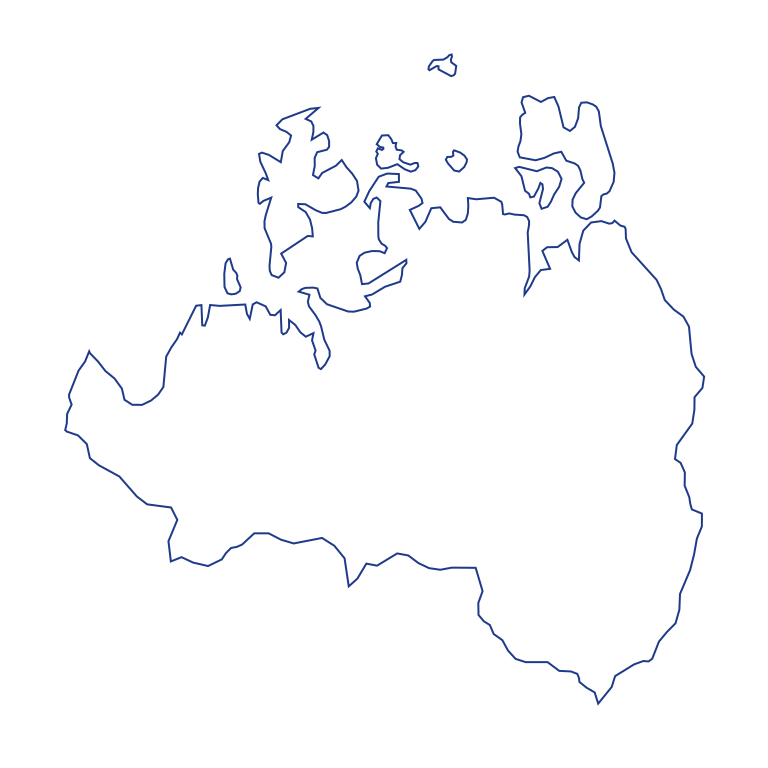 SVG path tracing the border of South Gyeongsang, rotated 178°
{"feature_id": "KOR-2505", "entity_name": "South Gyeongsang", "entity_type": "Province", "adm_level": 1, "iso_a3": "KOR", "parent_name": "South Korea", "parent_adm1": "", "projection": "equal_earth", "projection_center": [128.367, 35.249], "detail": "fine", "context": "isolated", "style": "outline", "palette": "blue", "viewbox_px": 768, "rotation_deg": 178, "n_neighbors": 0, "source": "natural_earth", "source_scale": "10m", "svg_char_len": 6135}
<svg xmlns="http://www.w3.org/2000/svg" viewBox="0 0 768 768"><g transform="rotate(178 384 384)"><path d="M586.1,442.4L584.3,440.6L569.0,468.8L563.7,469.2L563.6,449.0L561.0,448.6L557.7,456.7L555.0,469.0L545.4,467.8L519.9,468.3L518.5,458.8L515.9,453.8L512.4,468.1L508.5,470.1L499.5,465.7L495.2,457.1L490.6,456.5L484.7,461.5L484.6,439.1L483.0,437.2L479.7,438.7L476.9,443.4L476.7,451.3L470.6,446.1L465.8,438.6L460.5,434.0L452.7,437.3L454.4,430.1L451.2,419.8L452.7,416.0L448.8,402.5L446.5,401.1L442.1,405.5L437.3,413.7L437.2,419.2L442.1,430.3L444.9,443.9L446.5,448.6L449.8,454.8L456.3,464.3L457.2,469.0L455.4,475.8L466.0,479.3L462.6,481.8L459.2,482.8L451.3,482.8L447.2,481.8L444.6,472.3L438.2,465.7L417.3,457.7L411.5,457.3L398.7,460.0L395.2,461.9L395.4,465.5L399.9,472.3L392.7,473.9L379.5,481.2L364.2,485.7L362.3,492.2L361.5,499.2L357.4,503.8L357.4,507.3L396.0,485.0L402.5,484.6L403.9,493.6L406.2,500.2L407.0,506.1L403.9,512.9L398.9,515.9L391.4,517.3L383.8,516.9L378.8,514.7L376.2,519.7L378.0,522.1L381.5,524.3L384.1,528.7L384.5,531.4L384.1,545.9L381.2,566.9L384.8,570.6L388.2,569.4L390.9,565.3L392.0,560.2L397.3,566.9L391.9,577.4L382.1,591.3L373.5,594.2L361.8,593.3L362.0,585.5L372.7,584.7L374.6,581.3L350.5,578.3L345.5,576.2L340.0,567.8L339.2,563.5L343.2,560.8L352.1,557.1L343.3,537.8L337.0,544.6L330.6,558.0L321.6,558.6L313.4,546.7L309.1,543.7L300.3,542.7L296.5,545.2L294.3,551.4L293.5,559.3L293.7,566.9L285.5,565.4L267.5,566.3L260.4,562.0L259.6,559.2L259.1,549.7L257.3,549.2L253.0,550.1L247.4,548.7L238.3,547.8L235.1,545.9L233.3,541.8L233.5,537.8L235.1,530.4L234.5,492.4L235.2,486.3L240.0,474.8L240.5,468.5L234.4,476.4L229.4,485.6L223.3,492.4L214.0,493.3L221.1,511.5L216.2,515.0L205.7,514.8L195.7,521.7L191.7,509.4L189.2,504.3L184.9,500.7L183.7,517.2L179.5,530.3L171.4,538.2L161.1,539.2L153.3,536.4L150.2,536.8L147.9,539.2L142.1,534.0L138.1,532.8L137.1,530.5L137.1,521.0L132.0,507.1L107.9,478.5L103.8,469.1L100.5,458.2L91.9,448.4L82.4,440.9L77.2,430.7L75.6,403.4L71.8,390.3L63.8,380.2L65.9,369.0L74.1,360.0L74.7,347.4L77.3,333.7L93.5,312.8L95.8,298.8L90.3,294.8L86.4,285.1L87.1,272.0L82.8,260.0L82.1,253.5L80.7,247.9L70.8,243.4L71.3,230.5L76.7,218.6L80.1,202.7L84.6,187.3L95.5,163.8L96.7,148.1L101.0,134.7L109.9,126.3L118.2,117.0L125.5,100.1L129.3,97.5L134.5,98.1L144.0,95.0L163.2,84.0L167.0,73.3L181.1,57.1L184.2,68.4L192.0,73.3L199.1,79.4L199.4,83.4L201.0,87.6L207.2,90.2L218.9,91.2L230.2,100.3L252.2,101.1L262.1,104.7L269.4,113.3L274.6,123.8L283.1,130.3L286.6,139.4L292.5,143.4L297.6,149.9L297.4,161.9L292.7,173.5L298.8,197.1L322.6,198.1L334.2,196.4L345.4,198.4L355.8,203.8L365.7,211.8L376.7,214.2L397.3,202.7L407.9,205.1L417.4,190.4L426.3,183.0L429.5,211.2L439.3,224.1L451.3,232.3L479.8,227.8L492.4,232.0L504.5,238.8L518.9,239.3L531.4,228.5L536.9,226.3L542.5,225.5L547.8,220.6L552.2,214.4L566.2,208.2L581.0,212.2L592.4,218.0L603.2,214.1L604.9,234.4L595.3,255.4L601.1,268.0L624.9,272.0L634.9,280.2L651.7,300.8L671.6,312.6L680.5,320.1L683.1,334.3L691.6,343.3L702.6,347.5L704.2,349.0L702.4,355.8L701.7,365.2L696.9,374.3L699.1,381.3L699.2,384.2L688.8,408.0L681.9,417.0L677.5,426.9L676.8,425.1L669.0,416.4L661.9,406.6L653.1,398.9L646.1,388.5L643.9,377.3L636.3,372.0L626.5,371.6L617.4,375.6L610.1,381.3L604.6,388.7L600.7,419.0L595.2,428.1L589.3,436.0L586.1,442.4ZM503.5,578.1L503.0,584.2L501.3,590.6L497.9,594.2L492.6,591.8L494.8,598.7L499.8,610.3L500.9,618.3L497.9,619.5L491.1,617.0L479.4,609.3L477.0,620.4L470.3,628.9L468.2,635.6L472.8,639.5L479.1,642.4L482.4,646.3L476.3,652.1L448.2,661.6L439.8,662.2L453.0,651.7L447.5,648.9L445.5,644.3L445.8,638.2L447.7,630.7L435.7,637.4L432.1,634.7L430.4,628.8L430.6,622.8L433.0,620.1L442.7,618.0L445.4,612.4L445.6,604.3L447.7,595.3L442.4,591.8L438.4,597.1L424.5,603.8L418.4,609.3L413.9,601.9L408.4,595.3L403.9,587.9L402.7,578.1L405.2,572.2L410.3,566.7L416.2,562.6L421.2,560.2L435.7,557.0L439.7,557.1L446.1,560.0L456.3,566.4L463.5,566.9L463.5,563.7L456.3,558.6L452.2,550.9L450.4,542.2L450.0,534.0L455.1,534.6L482.2,517.9L477.6,508.4L479.7,499.1L485.7,493.9L492.5,496.8L494.2,501.1L494.3,506.1L491.8,525.1L492.0,528.1L497.9,543.9L497.8,550.7L496.3,556.8L490.2,574.2L498.1,571.2L501.8,568.4L503.1,569.4L503.5,578.1ZM240.4,605.8L242.4,611.6L241.3,616.8L239.1,622.2L238.0,628.9L239.0,639.5L238.7,645.6L236.5,648.2L233.4,650.1L236.7,660.6L235.0,665.8L229.1,667.0L217.3,660.4L210.1,664.0L203.8,664.9L199.9,655.0L195.6,634.2L189.3,630.4L184.2,634.3L180.7,642.9L179.4,653.7L177.0,658.2L171.5,658.4L165.7,656.2L162.2,653.7L159.8,649.0L158.3,634.2L147.7,596.3L146.3,587.1L147.4,578.1L151.9,568.8L154.8,566.5L157.9,565.9L160.2,564.2L162.0,552.8L164.3,549.6L170.5,544.3L175.6,541.6L181.5,543.6L186.6,548.6L189.6,555.0L189.1,561.7L185.6,568.2L176.9,578.1L178.5,581.6L180.3,590.6L182.4,595.3L185.8,597.8L194.0,600.8L198.7,609.9L206.2,608.5L215.7,604.4L224.7,602.3L240.4,605.8ZM239.4,586.9L245.4,595.2L241.3,596.3L223.8,591.3L214.2,594.7L208.6,593.9L202.8,590.1L199.4,582.8L202.1,574.9L207.4,567.4L210.8,560.4L214.3,555.4L220.4,553.6L222.4,559.3L218.3,573.3L218.7,578.0L220.7,579.5L223.0,573.9L227.6,566.1L231.3,565.4L232.4,569.0L236.3,572.2L239.4,586.9ZM363.0,603.2L372.6,599.9L379.4,599.4L383.2,603.4L384.2,610.0L382.1,614.2L383.6,616.6L381.9,619.7L378.0,618.0L376.4,619.0L376.5,620.3L379.7,621.0L382.9,623.9L377.4,632.4L371.0,632.5L368.2,628.5L366.7,624.5L363.4,624.4L364.2,621.0L363.1,617.7L358.1,616.8L356.3,615.3L360.0,612.1L360.7,608.2L357.0,604.9L350.0,602.3L345.6,603.8L342.9,603.7L342.1,600.3L345.2,596.6L349.8,595.3L355.8,597.9L363.0,603.2ZM539.8,499.6L538.1,510.2L535.6,514.0L533.6,514.7L530.7,503.5L527.8,500.2L526.8,497.5L527.2,493.9L523.9,485.6L524.9,481.9L529.0,479.4L533.4,478.9L537.3,480.1L540.0,486.6L539.8,499.6ZM327.6,696.0L328.6,697.1L328.0,699.9L324.3,704.9L322.6,706.1L313.4,706.1L309.3,708.3L307.2,710.4L304.9,710.9L304.6,709.0L305.9,705.7L305.5,703.1L300.7,699.4L302.1,691.7L303.6,690.1L306.2,689.4L318.5,696.5L318.5,699.7L320.3,699.9L327.6,696.0ZM306.4,594.9L312.2,602.0L314.4,606.0L312.8,608.7L308.7,608.7L306.7,609.9L307.0,613.5L305.8,615.1L299.9,612.7L295.7,609.5L293.2,605.5L293.7,602.7L296.3,598.0L301.5,593.7L306.4,594.9Z" fill="none" stroke="#1e3a8a" stroke-width="2"/></g></svg>